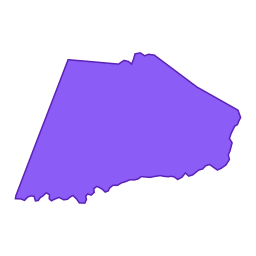 Itatuba, Paraíba, Brazil (orthographic projection)
{"feature_id": "56859067B64331491901098", "entity_name": "Itatuba", "entity_type": "district", "adm_level": 2, "iso_a3": "BRA", "parent_name": "Brazil", "parent_adm1": "Paraíba", "projection": "orthographic", "projection_center": [-35.643, -7.404], "detail": "fine", "context": "isolated", "style": "filled", "palette": "violet", "viewbox_px": 256, "rotation_deg": 0, "n_neighbors": 0, "source": "geoboundaries", "source_scale": "gbopen_adm2", "svg_char_len": 1221}
<svg xmlns="http://www.w3.org/2000/svg" viewBox="0 0 256 256"><path d="M188.8,176.1L192.7,174.9L198.4,170.2L202.7,168.9L205.6,165.8L209.6,164.5L213.8,167.5L217.3,170.0L220.9,168.5L225.9,165.0L229.4,159.5L228.3,154.8L230.0,150.9L230.9,147.4L232.1,142.8L229.4,138.4L231.2,133.3L232.8,130.0L234.7,126.2L237.4,124.6L238.7,121.3L240.6,117.5L238.0,110.2L197.0,87.1L154.3,55.1L148.5,54.3L144.7,55.8L140.4,52.9L135.1,53.8L133.5,59.3L131.6,64.1L128.5,61.5L124.0,60.4L118.5,64.1L83.6,61.0L76.9,60.5L68.1,59.7L57.3,87.9L36.5,141.8L15.9,195.7L15.4,198.7L20.8,198.9L24.5,200.4L27.7,197.1L30.7,195.9L34.1,196.3L35.4,200.9L38.3,200.5L40.0,197.9L42.8,196.0L46.2,192.8L49.5,194.8L49.2,198.7L51.4,200.8L54.3,199.3L59.0,197.4L63.7,199.8L67.4,199.3L69.9,197.2L73.0,195.5L76.6,199.0L79.3,202.9L84.8,203.1L86.5,199.5L85.7,196.3L87.6,194.0L91.2,195.1L94.2,192.4L93.8,188.7L96.9,186.4L100.1,187.9L102.7,189.6L105.2,192.1L108.2,190.9L109.5,188.2L112.9,185.3L117.5,185.3L121.4,182.9L125.7,181.6L129.8,179.8L134.5,179.9L138.4,178.8L141.0,176.6L145.0,176.9L149.9,177.4L154.7,176.4L160.5,175.6L164.3,176.4L168.2,176.7L171.2,176.3L174.3,176.9L177.7,179.5L182.1,177.1L185.3,173.0L188.8,176.1Z" fill="#8b5cf6" stroke="#5b21b6" stroke-width="1.5"/></svg>